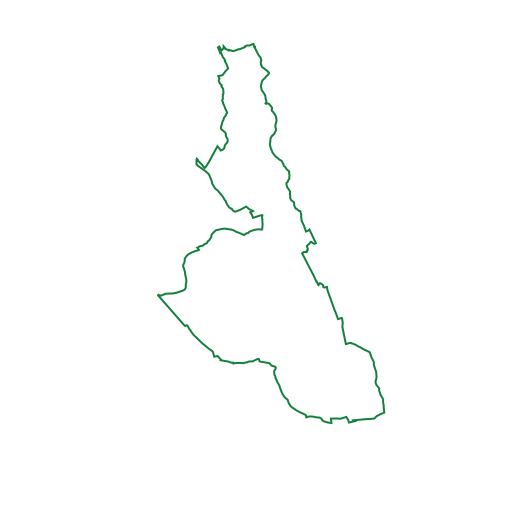 Bontida, Cluj, Romania, rotated 240°
{"feature_id": "2599482B64143307562528", "entity_name": "Bontida", "entity_type": "district", "adm_level": 2, "iso_a3": "ROU", "parent_name": "Romania", "parent_adm1": "Cluj", "projection": "equal_earth", "projection_center": [23.849, 46.902], "detail": "fine", "context": "isolated", "style": "outline", "palette": "green", "viewbox_px": 512, "rotation_deg": 240, "n_neighbors": 0, "source": "geoboundaries", "source_scale": "gbopen_adm2", "svg_char_len": 6106}
<svg xmlns="http://www.w3.org/2000/svg" viewBox="0 0 512 512"><g transform="rotate(240 256 256)"><path d="M438.2,360.5L438.1,360.0L438.4,359.0L440.9,359.9L441.3,358.7L441.5,355.5L442.5,354.2L442.9,352.9L443.0,351.2L442.5,351.1L442.5,350.3L443.4,344.6L443.9,344.1L444.0,342.3L444.6,339.5L445.4,338.0L446.9,336.8L447.2,336.1L448.0,335.6L447.7,335.1L448.7,334.6L450.3,333.3L451.4,332.7L451.8,333.2L453.8,332.8L452.5,332.0L452.0,331.4L451.5,329.9L451.3,328.9L455.8,328.9L455.6,327.3L452.9,327.1L449.7,326.4L449.6,327.3L444.4,326.7L442.6,327.1L440.7,327.0L440.5,326.5L437.3,326.4L432.4,325.7L431.4,322.3L429.4,317.5L429.8,315.8L430.7,313.3L427.9,313.1L427.4,312.3L426.5,311.4L424.8,311.1L422.6,311.1L421.1,311.7L420.0,310.9L419.4,310.8L417.8,311.1L417.0,311.0L414.3,309.8L412.6,308.7L412.4,307.9L411.5,307.6L410.3,306.7L408.7,306.0L408.1,304.9L407.3,304.3L406.2,304.4L404.3,303.7L403.2,303.8L399.2,303.1L394.9,302.8L394.2,302.3L393.9,301.3L392.8,300.0L392.2,298.3L391.2,296.9L390.1,295.8L389.5,294.7L387.8,292.8L386.2,291.4L385.8,290.6L384.4,289.7L383.6,289.3L382.9,289.4L378.6,291.0L377.5,291.1L376.5,290.8L376.0,290.3L375.2,290.0L373.9,289.8L371.3,289.8L369.6,288.9L368.5,287.3L368.1,285.9L367.3,284.3L365.7,282.9L365.3,282.4L364.7,280.7L365.0,279.0L365.0,278.2L367.2,278.1L370.3,277.5L360.9,262.1L358.6,257.8L357.9,255.6L359.5,255.1L361.6,255.0L366.8,253.6L369.5,253.6L369.9,253.4L369.3,252.8L365.0,250.2L364.2,250.6L363.1,250.8L355.3,254.4L350.8,256.0L347.6,255.8L343.1,255.1L340.1,254.2L335.3,254.4L334.1,254.6L332.1,255.5L324.8,256.8L323.0,257.0L321.2,256.9L319.5,257.0L318.8,257.3L317.6,256.9L315.2,256.8L311.6,257.0L309.9,257.8L309.1,258.7L307.1,258.7L304.7,260.1L303.9,265.3L303.7,272.2L300.3,273.4L296.5,275.8L296.7,272.8L293.9,273.1L290.5,272.5L289.0,279.9L288.4,281.6L288.0,281.9L286.9,280.9L285.7,280.2L284.3,279.8L283.8,279.3L280.0,277.5L275.9,274.6L276.4,273.6L278.1,271.1L279.5,267.6L280.4,262.3L279.8,260.7L280.4,259.1L280.1,256.1L283.8,253.5L285.7,252.0L286.3,251.3L288.9,249.8L291.4,247.7L292.3,246.3L294.8,243.4L295.6,242.1L296.7,239.4L298.3,234.2L297.6,230.9L296.6,228.1L294.9,226.8L294.4,226.0L292.9,223.0L292.8,221.5L291.7,220.0L292.0,217.1L291.5,215.6L292.5,212.2L292.6,211.0L292.5,210.6L292.1,210.1L292.4,209.4L289.8,209.7L289.8,209.0L290.7,205.6L291.2,201.6L291.3,198.6L290.9,196.5L289.5,193.1L287.5,191.9L285.9,190.4L284.8,188.6L283.3,187.8L283.3,187.6L281.7,187.5L278.1,186.6L275.0,185.3L271.1,184.1L268.6,182.9L265.7,180.4L264.2,179.7L263.5,179.0L262.7,177.7L262.6,176.8L262.6,175.2L263.1,173.2L263.2,171.8L263.8,169.4L264.7,166.3L265.5,164.5L268.4,159.2L268.7,158.0L268.9,155.1L269.2,154.1L270.0,152.9L271.2,152.1L270.9,151.5L231.2,159.4L230.8,159.6L230.9,160.0L230.8,160.8L230.5,161.6L230.0,161.8L226.3,161.7L224.4,162.1L223.5,162.0L219.1,162.4L207.0,165.9L200.1,168.5L194.8,170.8L189.7,169.5L188.6,172.7L183.7,173.8L183.4,173.3L178.7,178.9L175.7,181.5L175.1,182.9L174.6,182.9L174.2,182.7L173.2,185.5L171.2,189.0L169.5,191.5L169.3,192.8L168.4,194.9L168.4,195.7L168.0,197.6L166.7,199.8L166.4,200.8L166.1,204.9L165.9,206.2L165.6,206.9L164.8,206.9L163.7,206.5L162.9,206.5L161.4,208.0L160.7,209.0L156.7,213.7L156.1,214.1L153.4,214.6L150.4,217.3L149.6,217.4L148.4,216.4L147.6,214.7L147.0,214.0L143.9,212.6L142.1,212.5L140.1,211.8L139.1,211.9L135.7,211.4L132.2,211.5L130.0,210.9L124.4,210.0L123.0,210.0L119.3,210.2L115.7,211.5L112.4,210.8L108.8,210.9L107.1,211.4L102.0,213.9L97.5,216.7L95.7,218.1L93.5,219.5L93.1,219.6L90.3,218.6L91.4,219.5L89.6,223.4L87.6,226.1L86.6,226.8L85.9,228.1L85.2,228.8L84.4,230.2L82.6,231.3L80.4,231.3L78.6,232.3L75.8,235.1L73.6,237.8L77.7,239.6L74.4,245.6L73.0,247.3L72.2,250.2L71.5,253.7L68.2,253.9L65.3,253.2L63.7,258.5L64.3,258.1L65.1,258.0L60.7,267.6L57.7,273.6L56.2,276.9L56.3,278.3L57.0,280.5L56.7,285.4L56.2,288.8L60.3,290.5L62.8,291.9L65.8,292.9L68.3,294.4L71.1,294.5L73.2,294.4L77.9,295.4L79.6,296.5L84.0,295.9L85.8,296.0L87.5,296.7L89.8,299.0L90.9,299.9L95.5,302.1L102.7,303.6L104.9,304.8L105.9,305.1L110.3,305.3L115.8,306.4L121.2,302.7L125.2,300.4L126.5,299.4L129.4,297.8L131.7,296.0L132.2,295.3L132.8,295.2L133.8,293.7L134.8,289.8L150.1,294.9L151.7,295.5L154.6,297.6L159.0,299.4L159.5,299.3L160.3,295.5L167.1,296.7L169.8,297.0L190.2,300.7L191.3,301.0L193.6,302.0L194.0,301.1L194.1,300.4L194.6,299.4L195.2,298.9L195.6,298.8L196.9,299.4L197.6,299.4L200.4,298.0L200.6,297.4L199.5,295.6L199.8,295.5L204.0,295.8L204.1,295.5L204.6,295.6L209.8,296.1L235.3,297.3L235.5,299.6L234.2,301.7L234.2,302.3L234.9,303.1L235.5,303.0L235.5,303.9L235.9,304.0L236.8,304.7L238.8,304.8L239.3,305.1L239.5,306.3L239.7,306.6L239.9,308.2L240.9,310.3L240.8,310.7L240.6,311.0L238.6,311.7L237.6,312.4L237.4,312.6L237.2,314.3L252.2,315.5L251.9,314.5L251.9,313.3L252.2,311.5L258.2,312.7L263.4,313.1L267.5,314.7L268.9,315.8L272.7,316.8L273.6,315.8L276.7,314.7L277.2,314.1L279.1,314.1L281.1,314.6L282.8,315.5L283.6,315.7L286.8,314.4L289.3,314.6L290.3,315.4L292.8,316.4L294.6,317.7L298.7,317.6L299.5,317.3L303.3,318.3L304.1,319.2L304.5,320.8L305.4,321.6L306.1,323.4L307.8,324.3L309.0,325.3L311.6,326.3L312.7,327.0L315.8,325.9L318.4,325.8L320.3,325.1L321.5,325.6L325.5,325.8L328.1,324.3L329.9,323.8L332.1,322.9L333.5,322.5L337.7,322.0L338.9,322.4L341.9,322.6L343.0,323.1L344.7,323.4L345.6,323.8L348.8,326.2L350.5,327.3L351.9,329.5L352.1,331.0L352.4,331.4L352.4,332.0L353.0,333.5L353.8,334.3L354.6,335.9L356.2,336.9L357.8,337.1L358.5,337.7L359.6,338.1L360.3,338.7L360.4,339.1L362.5,341.1L364.2,342.0L366.7,343.0L368.7,343.1L371.9,342.9L373.0,342.5L374.1,342.4L375.0,342.8L375.3,343.1L375.3,343.3L376.1,343.9L376.5,344.0L377.5,344.0L381.3,343.3L382.3,342.5L382.7,340.9L383.3,340.5L384.2,341.9L385.0,342.5L387.3,342.9L389.9,344.1L391.5,344.3L396.6,343.9L397.2,344.0L400.0,344.9L400.9,345.3L401.7,346.0L404.4,348.8L405.0,349.8L405.2,351.1L405.5,351.8L405.5,352.4L406.4,354.5L407.0,357.0L407.6,358.4L408.0,358.8L410.0,358.5L416.9,355.7L418.4,356.1L419.1,356.0L420.8,356.7L421.7,357.2L422.8,358.5L423.1,358.6L426.0,359.2L427.6,358.8L429.3,358.7L432.0,358.8L433.0,359.0L433.8,358.8L434.4,359.0L436.5,359.0L437.4,359.5L438.2,360.5Z" fill="none" stroke="#15803d" stroke-width="2"/></g></svg>